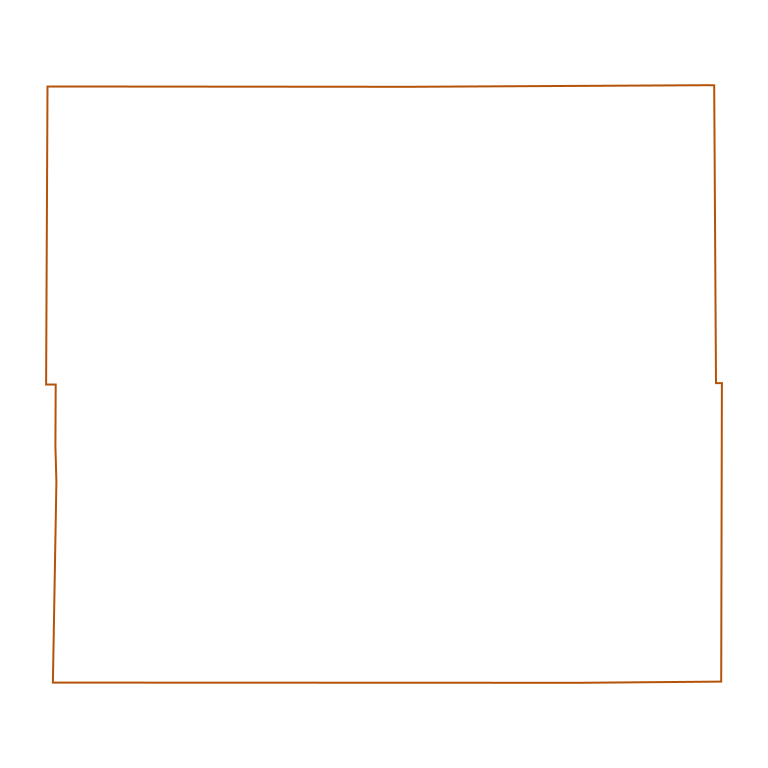 Custer, Nebraska, United States of America
{"feature_id": "52423323B7268339406067", "entity_name": "Custer", "entity_type": "district", "adm_level": 2, "iso_a3": "USA", "parent_name": "United States of America", "parent_adm1": "Nebraska", "projection": "orthographic", "projection_center": [-99.806, 41.394], "detail": "fine", "context": "isolated", "style": "outline", "palette": "amber", "viewbox_px": 768, "rotation_deg": 0, "n_neighbors": 0, "source": "geoboundaries", "source_scale": "gbopen_adm2", "svg_char_len": 294}
<svg xmlns="http://www.w3.org/2000/svg" viewBox="0 0 768 768"><path d="M47.5,86.5L46.1,384.5L55.7,384.5L55.4,445.8L56.4,481.9L52.9,682.6L62.0,682.6L579.6,682.8L721.2,681.6L721.9,383.1L716.0,383.1L714.2,85.3L707.9,85.2L409.6,86.8L47.5,86.5Z" fill="none" stroke="#b45309" stroke-width="2"/></svg>